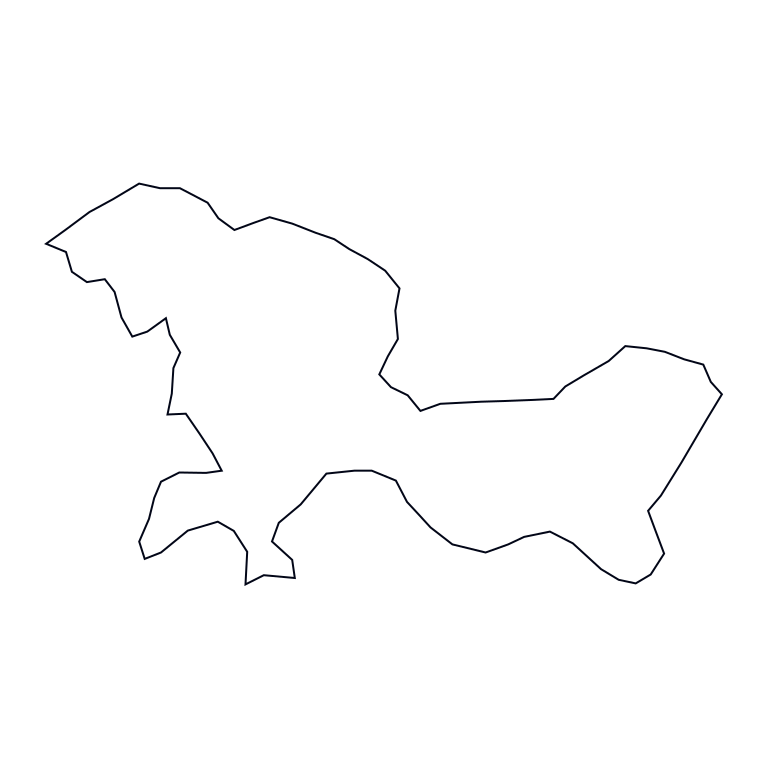 Potim, São Paulo, Brazil (Albers equal-area conic projection)
{"feature_id": "56859067B20818489532691", "entity_name": "Potim", "entity_type": "district", "adm_level": 2, "iso_a3": "BRA", "parent_name": "Brazil", "parent_adm1": "São Paulo", "projection": "albers", "projection_center": [-45.306, -22.823], "detail": "fine", "context": "isolated", "style": "outline", "palette": "ink", "viewbox_px": 768, "rotation_deg": 0, "n_neighbors": 0, "source": "geoboundaries", "source_scale": "gbopen_adm2", "svg_char_len": 1345}
<svg xmlns="http://www.w3.org/2000/svg" viewBox="0 0 768 768"><path d="M721.9,394.3L710.8,381.9L703.3,364.6L684.1,359.3L664.8,351.8L646.6,348.3L625.3,346.1L608.7,361.0L583.6,375.5L565.3,386.5L553.5,398.9L533.3,399.9L504.9,401.0L481.4,401.7L440.3,403.8L420.4,410.9L407.7,395.3L391.0,387.2L379.3,374.4L387.8,356.4L397.9,339.0L395.3,310.7L399.5,288.4L385.2,270.7L367.6,259.0L349.3,249.1L334.3,239.2L315.7,232.8L292.2,223.6L269.6,217.2L253.6,222.9L234.4,230.0L218.4,218.3L207.6,202.7L179.9,188.2L160.0,188.2L139.1,183.6L113.0,199.2L89.5,212.0L65.3,230.0L46.1,243.8L66.0,252.0L71.9,271.8L86.9,282.1L104.8,279.2L114.6,292.0L121.5,317.5L132.3,336.6L147.3,331.6L165.9,318.2L169.8,334.8L180.2,352.5L173.4,368.1L171.8,393.6L167.5,414.5L185.8,413.7L199.5,433.6L212.6,453.4L221.7,470.7L206.0,472.9L179.3,472.5L161.0,481.7L154.2,498.0L149.0,518.9L139.2,541.6L144.7,558.9L161.0,552.5L187.8,530.6L217.8,521.7L233.8,530.9L247.2,551.8L245.5,584.4L263.8,575.2L294.8,578.0L292.2,559.9L272.0,541.5L278.8,522.8L300.7,504.4L326.4,473.6L354.2,470.7L371.8,470.7L395.9,480.6L407.0,501.9L418.8,514.6L430.5,527.4L452.4,544.4L485.6,552.5L508.2,544.4L524.1,536.9L549.9,531.6L572.8,543.3L601.1,569.2L618.7,579.8L635.7,583.4L650.7,574.5L664.1,553.6L655.6,531.0L648.1,510.8L660.9,495.6L681.4,462.6L706.9,419.1L721.9,394.3Z" fill="none" stroke="#020617" stroke-width="2"/></svg>